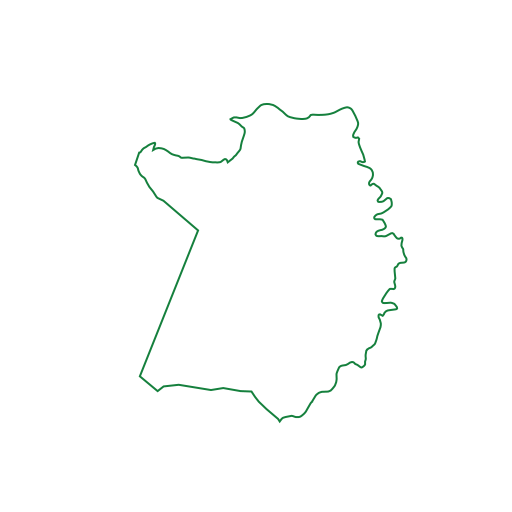 the district of Garrand, Dauphin, Saint Lucia, rotated 232°
{"feature_id": "8701671B13502438451250", "entity_name": "Garrand", "entity_type": "district", "adm_level": 2, "iso_a3": "LCA", "parent_name": "Saint Lucia", "parent_adm1": "Dauphin", "projection": "orthographic", "projection_center": [-60.933, 14.005], "detail": "fine", "context": "isolated", "style": "outline", "palette": "green", "viewbox_px": 512, "rotation_deg": 232, "n_neighbors": 0, "source": "geoboundaries", "source_scale": "gbopen_adm2", "svg_char_len": 6152}
<svg xmlns="http://www.w3.org/2000/svg" viewBox="0 0 512 512"><g transform="rotate(232 256 256)"><path d="M409.4,227.6L402.2,216.7L400.4,217.1L398.9,217.1L397.9,216.9L395.9,216.0L394.9,215.7L392.2,215.1L390.8,215.1L389.5,215.2L388.6,215.4L386.4,216.1L385.5,216.1L384.8,216.1L380.9,215.2L376.1,214.5L370.2,214.6L364.1,214.0L362.5,214.1L356.5,217.1L311.8,226.1L232.7,90.4L210.1,95.3L210.1,102.9L202.1,115.8L178.1,138.0L172.1,148.9L159.0,160.7L152.0,169.0L145.5,168.5L139.5,168.5L129.0,170.0L114.0,173.1L111.0,172.8L111.8,175.7L111.9,176.9L111.9,177.3L111.8,177.9L110.9,180.2L108.1,185.7L107.0,186.6L105.7,187.4L104.6,188.2L102.9,190.3L102.5,191.1L102.1,192.2L102.0,193.9L102.1,196.4L102.3,197.8L102.7,199.5L103.7,201.9L104.4,203.6L106.3,208.3L106.6,209.5L106.6,210.6L106.9,210.8L107.0,211.1L109.2,216.9L109.5,218.2L109.5,221.1L109.0,222.8L108.4,224.3L104.8,229.3L104.5,230.1L104.2,231.2L104.0,232.1L104.1,232.8L104.3,234.4L105.0,237.4L105.3,238.3L105.6,238.9L107.2,241.5L108.3,242.7L109.4,243.8L113.1,246.5L113.8,247.2L114.4,248.1L115.3,249.6L116.9,252.6L117.2,253.5L117.1,255.0L116.9,255.7L116.4,256.8L114.8,259.6L114.6,260.4L114.3,261.9L114.1,264.6L113.4,266.3L112.8,267.0L112.0,267.4L111.4,267.6L109.9,267.7L107.7,268.9L104.1,269.9L103.3,270.4L103.1,270.7L102.9,271.5L102.9,273.5L103.1,274.5L103.5,275.3L105.6,276.9L106.8,278.6L107.6,279.4L109.6,280.7L110.7,281.6L113.5,284.7L113.6,285.0L113.6,285.5L113.9,285.9L113.7,288.4L113.3,289.6L113.1,290.8L113.3,293.0L113.4,294.9L113.5,295.4L114.1,296.6L115.9,299.4L116.7,300.5L118.2,302.3L120.1,305.2L123.3,310.3L124.8,311.9L126.1,312.9L129.7,314.4L131.4,314.7L132.2,314.9L132.7,315.2L133.6,315.9L134.0,316.4L134.1,317.0L133.7,317.8L130.9,319.0L130.9,319.3L131.0,319.7L131.4,321.0L132.0,322.0L132.2,322.9L132.4,324.3L132.3,324.9L132.0,326.2L131.2,327.7L128.7,332.0L127.9,333.4L127.7,334.0L127.7,334.5L127.8,334.9L128.9,335.5L129.7,335.6L132.4,335.6L133.2,335.5L133.9,335.1L135.2,334.3L136.3,333.4L138.2,330.5L139.9,328.1L140.7,327.3L141.2,327.1L142.3,327.1L142.7,327.2L143.1,327.6L143.9,329.0L144.5,330.3L146.5,335.9L147.2,338.5L147.6,340.6L147.6,341.3L147.4,341.6L146.5,342.8L145.2,344.1L145.0,345.0L145.3,346.0L146.1,346.9L147.5,347.7L149.9,348.7L150.5,349.0L151.2,349.8L152.0,351.2L152.6,352.0L158.6,355.8L160.6,357.3L161.2,358.1L161.3,358.9L161.0,360.6L161.3,361.5L162.1,363.2L162.1,364.2L161.9,365.0L161.6,365.7L160.3,367.7L159.7,368.6L159.4,369.4L159.3,370.0L159.4,370.8L159.7,371.4L160.3,372.2L160.9,372.7L161.9,373.1L163.8,373.2L165.8,373.6L168.1,374.5L169.2,375.1L170.6,376.1L171.2,376.3L172.8,376.4L174.5,376.9L174.9,377.2L176.5,378.7L178.5,381.3L179.4,382.0L179.8,382.2L180.3,382.3L180.6,382.2L181.1,381.7L181.2,380.1L181.5,379.4L182.1,378.7L182.6,378.3L183.3,378.0L184.5,377.9L187.0,377.9L188.6,378.1L189.5,377.8L190.1,377.5L190.7,376.4L191.6,371.0L192.1,369.7L193.1,368.5L194.4,367.2L196.1,364.8L197.2,363.7L197.5,363.5L198.1,363.3L199.1,363.4L199.5,363.5L199.8,363.8L200.5,364.8L200.7,365.5L200.8,366.5L200.6,367.8L199.9,369.7L199.0,371.5L198.6,373.2L198.5,374.2L198.6,375.3L198.9,376.0L199.4,376.6L200.6,377.1L202.6,377.6L206.0,378.0L206.7,378.0L208.1,376.8L208.6,376.3L210.9,373.4L211.6,372.6L212.3,372.4L213.0,372.5L213.7,373.0L214.0,373.5L214.3,374.9L214.3,376.5L214.0,377.7L212.5,380.6L212.1,382.0L211.8,383.8L211.4,388.9L211.6,391.8L211.9,393.3L212.4,394.1L212.9,394.6L214.3,395.7L215.2,396.2L217.2,397.1L217.7,397.3L219.4,396.7L220.3,395.9L220.8,395.1L220.8,394.7L220.7,390.7L220.8,390.0L220.9,389.5L221.4,388.3L222.5,386.7L223.2,385.9L223.5,385.7L223.9,385.7L224.3,385.8L225.0,386.1L225.3,386.7L225.7,387.8L226.0,390.3L226.4,391.5L227.6,393.9L228.0,394.4L228.5,394.7L229.2,395.0L230.0,395.1L233.7,395.3L235.4,394.9L237.2,394.2L240.0,393.5L240.4,393.3L240.7,392.8L241.0,392.1L241.1,391.1L241.0,389.7L241.5,389.3L242.5,389.2L243.0,389.4L243.5,389.7L244.3,390.5L244.8,391.8L245.2,393.7L245.7,395.1L246.3,396.2L247.4,397.6L247.9,398.1L249.6,399.3L250.3,399.6L252.3,400.1L253.6,400.1L255.3,399.7L257.7,398.4L260.6,396.4L265.6,393.4L266.6,393.5L266.9,393.7L267.2,394.0L267.4,394.7L266.9,396.0L266.5,396.5L266.2,396.7L265.0,397.3L264.3,397.8L263.6,398.9L263.4,400.0L265.1,400.9L269.9,402.9L273.6,403.8L277.6,404.9L280.2,405.8L281.2,406.2L282.7,407.0L284.9,409.5L286.7,409.3L287.2,408.1L287.9,407.1L289.0,406.4L290.0,406.0L290.7,406.4L291.3,406.8L291.9,407.6L293.0,409.7L294.2,413.3L295.1,415.1L295.9,416.3L296.6,417.2L297.2,417.8L298.2,418.5L299.8,419.1L305.2,420.5L310.2,421.4L311.5,421.6L313.1,421.6L314.2,421.3L315.8,420.5L316.9,419.6L317.5,418.7L318.3,416.9L319.1,414.6L319.7,412.1L320.6,406.9L321.0,405.4L322.1,402.5L323.2,400.2L324.8,397.5L326.8,394.6L329.0,391.7L332.4,387.8L333.1,386.5L333.4,385.8L333.1,384.8L332.8,383.3L332.8,382.8L333.1,380.8L333.7,379.5L335.1,377.3L336.0,376.1L339.2,372.7L340.9,371.1L344.5,368.3L346.2,367.3L346.9,367.0L349.0,366.5L353.3,365.9L356.9,364.9L359.3,364.4L362.6,363.3L364.5,362.4L367.6,359.9L369.1,358.2L370.8,355.6L371.3,354.3L371.7,353.1L371.8,352.0L371.4,347.8L371.2,346.5L370.4,343.0L370.1,340.9L370.1,339.6L370.4,337.7L371.4,334.2L372.2,332.4L373.2,330.2L373.6,329.6L374.6,328.2L377.4,325.8L378.8,323.9L379.1,322.7L379.5,320.1L379.0,320.0L377.6,320.6L372.5,323.3L371.6,323.7L370.0,324.1L366.7,324.5L364.7,325.2L364.1,325.3L363.3,325.1L362.2,324.6L360.7,323.6L359.6,322.4L358.2,320.4L354.8,315.2L352.5,312.4L350.2,310.0L349.8,309.4L349.5,308.8L349.0,307.0L348.6,305.0L347.8,302.1L347.8,300.3L347.7,299.5L347.2,297.6L347.2,291.4L349.4,292.1L350.1,292.0L350.7,291.9L351.3,291.4L351.5,291.2L351.8,289.9L351.8,286.6L351.9,285.9L352.1,285.4L353.5,283.1L355.0,281.5L356.3,279.7L358.3,277.7L359.8,276.4L361.5,274.9L365.2,272.2L368.7,269.0L369.8,268.1L370.5,267.6L371.4,266.6L374.2,264.4L375.3,263.3L378.9,258.2L379.5,257.6L380.1,257.3L381.6,257.0L383.0,256.2L384.7,254.7L386.5,253.4L388.1,252.4L390.0,251.7L392.7,251.0L395.0,250.2L397.0,249.3L398.9,247.9L401.1,245.7L402.4,243.0L402.8,240.2L404.8,242.8L405.5,244.3L406.2,245.3L406.9,245.9L407.2,245.9L407.5,245.9L407.8,245.4L408.5,243.7L409.1,241.6L409.5,239.3L409.6,236.5L410.0,234.1L410.0,233.2L409.8,231.7L409.0,229.2L409.0,228.3L409.4,227.6Z" fill="none" stroke="#15803d" stroke-width="2"/></g></svg>